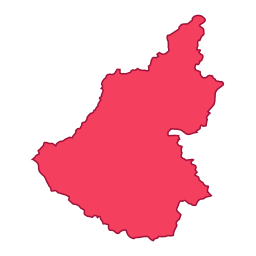 the district of Con Cuong, Nghệ An, Vietnam
{"feature_id": "81297802B27308287932068", "entity_name": "Con Cuong", "entity_type": "district", "adm_level": 2, "iso_a3": "VNM", "parent_name": "Vietnam", "parent_adm1": "Nghệ An", "projection": "albers", "projection_center": [104.863, 19.063], "detail": "fine", "context": "isolated", "style": "filled", "palette": "rose", "viewbox_px": 256, "rotation_deg": 0, "n_neighbors": 0, "source": "geoboundaries", "source_scale": "gbopen_adm2", "svg_char_len": 5809}
<svg xmlns="http://www.w3.org/2000/svg" viewBox="0 0 256 256"><path d="M217.2,89.5L223.0,85.1L223.2,84.7L223.4,84.0L223.2,83.1L222.5,82.1L221.6,81.7L219.8,81.8L218.5,81.2L217.0,81.2L216.2,80.9L215.8,80.6L215.3,79.4L213.0,77.9L212.6,76.1L212.3,75.9L209.4,75.4L207.8,76.0L206.5,77.4L203.4,77.9L202.2,77.0L201.1,75.8L200.4,74.4L200.1,71.7L195.5,69.8L195.3,69.5L195.2,68.6L194.8,68.0L194.7,67.6L195.2,66.4L195.6,64.8L196.5,64.1L198.1,64.6L198.5,64.4L199.7,62.5L199.7,61.2L201.2,60.7L201.6,60.4L202.9,57.1L202.9,56.5L202.7,55.4L199.6,53.2L199.0,52.5L199.0,52.1L200.0,51.1L200.2,50.1L198.6,49.9L197.4,49.9L196.9,49.7L197.2,47.2L197.9,45.4L197.6,42.7L197.7,41.6L198.5,40.3L199.0,40.1L199.5,40.5L199.8,40.5L201.2,37.2L202.3,35.7L203.5,34.8L203.9,33.8L203.6,29.4L203.0,28.5L202.3,27.9L200.4,26.7L199.6,25.6L199.6,25.2L201.0,24.0L203.6,22.5L205.1,20.7L205.2,20.0L205.1,19.4L204.5,18.5L202.6,16.8L201.1,15.9L198.4,15.4L197.6,15.4L195.5,15.9L194.5,16.3L193.2,17.3L192.3,18.7L192.3,20.0L192.1,20.4L190.3,21.7L188.6,23.3L187.4,23.9L183.5,24.1L182.3,24.3L181.3,24.7L179.0,27.3L179.1,28.6L178.6,29.3L170.0,34.9L167.6,35.5L167.3,35.8L167.1,37.8L167.5,39.9L168.2,41.1L168.4,44.8L168.3,47.1L168.9,49.8L168.7,50.9L167.9,51.7L165.4,53.8L162.9,54.4L159.2,52.6L157.0,54.3L157.7,55.5L158.4,56.2L158.1,56.4L156.5,57.6L153.3,57.5L152.5,58.1L152.1,58.8L151.1,61.2L150.4,65.0L148.5,66.1L148.9,69.7L148.8,70.2L148.6,70.5L147.7,70.7L146.5,70.7L145.9,70.7L144.7,70.2L143.1,70.4L140.5,70.1L139.9,69.9L137.6,68.5L137.4,68.6L136.2,69.7L135.0,70.2L134.0,70.2L132.9,69.9L132.5,70.0L131.1,70.9L131.1,71.5L130.3,72.3L127.4,73.4L125.3,73.9L124.1,73.7L121.7,73.8L120.4,73.4L120.1,72.8L119.9,72.1L120.0,69.5L117.7,69.3L117.2,69.4L116.7,70.0L114.9,73.1L114.4,73.7L113.6,74.1L112.1,74.5L109.5,74.2L108.1,74.6L106.6,75.4L105.8,77.8L104.1,79.1L103.4,80.1L102.7,81.2L101.7,83.5L101.7,84.4L102.3,85.6L102.6,86.5L102.3,87.4L101.1,88.4L101.2,88.5L102.1,88.8L103.0,89.8L103.1,90.3L102.9,91.4L101.4,95.3L101.7,95.9L101.7,96.4L101.4,96.8L100.1,97.3L99.7,97.7L99.6,98.3L99.7,98.8L100.9,99.6L100.8,100.0L99.3,102.1L98.4,103.6L97.9,105.2L97.8,106.4L96.5,107.3L95.3,109.9L94.1,110.3L93.8,110.7L93.5,112.0L92.8,112.8L90.4,113.5L87.9,116.2L87.1,117.7L86.8,119.7L85.6,121.3L84.8,122.1L82.5,122.6L81.9,123.6L81.7,125.3L80.3,128.0L79.8,128.5L77.9,128.7L77.3,129.0L76.0,130.2L75.4,133.3L73.3,135.6L72.4,137.7L71.3,137.6L69.8,137.3L69.1,137.5L65.2,139.3L63.1,141.0L59.8,141.5L57.7,142.8L56.4,144.0L56.2,144.4L56.0,145.8L55.8,145.9L53.1,143.9L52.2,143.4L49.4,143.5L46.5,142.6L44.5,142.5L44.1,142.9L43.5,145.2L43.2,145.7L39.9,149.3L38.3,150.5L38.2,151.1L39.2,153.0L39.4,153.7L36.0,155.6L35.2,156.9L32.6,159.3L32.8,159.3L36.2,161.7L37.3,162.8L38.2,164.0L38.6,166.7L38.7,169.1L38.9,169.9L39.4,171.2L40.0,172.2L41.2,173.6L44.4,176.5L45.1,177.7L47.0,182.1L48.2,184.1L49.0,185.9L50.3,187.3L50.8,188.2L51.0,190.1L51.4,191.0L52.3,191.0L55.4,190.6L55.8,190.7L56.5,191.1L58.0,192.7L59.9,193.1L62.9,194.2L64.9,194.6L69.0,196.6L69.3,196.8L69.3,197.4L68.7,199.3L68.7,199.9L69.1,200.4L70.4,201.5L72.8,203.8L73.6,204.1L74.5,204.1L76.2,204.5L78.4,205.5L79.2,206.2L81.1,208.4L83.8,209.7L84.1,210.0L84.4,210.8L84.3,213.8L84.8,214.6L87.3,216.2L90.0,216.6L92.3,217.3L94.1,215.6L94.7,215.5L96.5,215.8L96.8,216.0L97.3,217.4L97.5,217.6L97.9,217.4L98.6,216.5L99.0,216.4L100.1,216.6L100.7,219.2L102.4,221.4L103.1,223.8L103.4,223.9L104.8,223.7L107.7,224.5L108.6,224.9L108.6,226.4L108.4,227.3L108.7,228.5L109.4,229.9L109.7,230.1L112.9,230.4L114.2,231.2L116.6,233.2L117.6,233.4L118.2,233.4L119.1,232.9L120.3,231.6L121.7,230.8L123.3,230.2L125.7,230.0L126.1,230.3L127.3,233.6L128.1,235.1L129.8,236.9L132.0,238.1L133.8,238.6L135.5,237.6L139.1,237.4L144.2,236.5L147.3,236.5L148.5,237.0L149.8,238.5L151.1,239.6L152.5,240.4L153.5,240.6L153.9,239.4L154.7,238.8L157.6,238.0L159.0,236.3L161.4,236.7L165.4,236.5L167.6,235.6L171.1,235.8L173.3,235.4L173.6,232.7L174.0,231.6L174.6,230.0L176.8,225.7L176.9,225.1L176.4,224.6L176.2,223.8L176.2,222.9L176.7,221.6L177.0,221.1L179.1,219.4L179.5,218.8L180.9,214.8L177.4,211.3L176.8,210.3L176.6,209.6L176.7,208.6L177.7,206.7L179.2,202.6L179.8,201.6L180.3,201.1L180.8,200.9L182.4,201.3L183.7,200.7L184.6,200.5L185.4,200.6L188.7,203.5L190.8,203.9L192.2,205.0L192.7,205.1L194.4,205.4L195.3,205.3L196.2,204.6L196.8,202.9L197.5,201.9L198.0,200.8L199.1,199.9L200.7,199.0L203.1,198.9L206.4,196.9L209.6,196.3L211.3,195.7L210.5,194.7L208.9,193.4L208.5,192.4L207.6,192.1L207.4,190.9L208.0,187.8L208.3,187.0L208.3,186.3L207.6,186.1L206.6,186.2L205.2,185.6L203.7,184.1L202.7,182.4L201.3,181.8L200.5,180.9L199.2,180.1L199.0,179.5L199.0,178.6L198.6,177.3L198.1,176.8L195.1,175.2L194.9,174.9L194.9,174.4L195.2,174.0L197.1,172.3L195.6,170.3L195.4,169.7L195.4,168.8L196.1,167.7L195.8,166.3L195.4,165.6L194.8,165.2L191.7,164.0L191.4,163.7L191.2,162.7L191.2,161.8L191.4,161.5L193.4,159.9L192.7,159.4L186.0,160.2L184.3,158.9L182.8,158.3L181.6,157.3L181.3,156.7L181.2,155.2L182.0,152.9L181.4,152.0L181.4,150.1L181.1,148.6L182.1,147.1L182.1,146.8L181.5,146.2L179.6,145.9L178.5,145.2L177.6,143.9L177.1,142.7L178.3,140.6L178.2,139.6L179.3,139.5L179.6,139.4L179.5,138.7L178.7,137.0L178.6,135.7L174.8,135.4L169.5,135.7L168.7,135.7L168.2,135.4L168.0,135.0L168.0,132.1L169.6,130.5L170.4,129.5L170.6,128.9L171.6,129.1L172.8,128.8L174.3,129.1L177.5,129.2L181.0,130.0L182.1,130.7L183.1,131.6L184.7,132.6L185.6,133.5L187.0,134.2L188.5,134.4L189.6,134.3L191.2,133.8L193.6,132.9L196.9,132.3L196.3,131.3L197.2,130.6L197.5,130.1L198.1,130.0L200.0,128.7L200.3,126.6L200.6,126.0L201.2,125.2L201.6,125.3L203.1,126.2L206.0,125.8L206.8,121.2L207.3,119.4L206.5,117.5L206.6,117.0L208.5,114.6L208.7,114.1L210.0,113.3L210.0,113.1L208.0,111.8L207.8,111.6L212.2,106.7L213.8,104.7L214.1,104.1L214.7,101.7L214.9,98.4L215.1,96.0L215.1,94.1L215.7,91.8L217.2,89.5Z" fill="#f43f5e" stroke="#9f1239" stroke-width="1.5"/></svg>